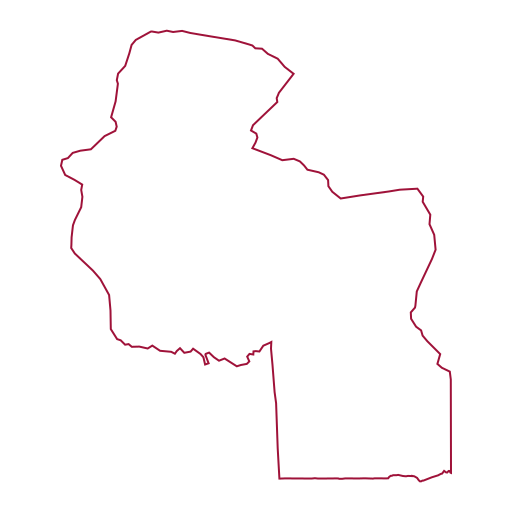 the district of Haut-Nyong, Est, Cameroon
{"feature_id": "32672807B24706785822934", "entity_name": "Haut-Nyong", "entity_type": "district", "adm_level": 2, "iso_a3": "CMR", "parent_name": "Cameroon", "parent_adm1": "Est", "projection": "albers", "projection_center": [13.641, 3.366], "detail": "fine", "context": "isolated", "style": "outline", "palette": "rose", "viewbox_px": 512, "rotation_deg": 0, "n_neighbors": 0, "source": "geoboundaries", "source_scale": "gbopen_adm2", "svg_char_len": 2538}
<svg xmlns="http://www.w3.org/2000/svg" viewBox="0 0 512 512"><path d="M116.8,80.2L117.9,83.7L115.6,101.4L111.1,117.3L115.6,121.8L116.7,126.7L115.3,130.8L104.6,136.1L90.9,149.3L80.3,150.7L72.7,152.9L67.9,158.1L62.3,159.8L61.0,165.8L65.2,175.0L74.4,179.8L82.2,184.6L81.2,189.9L82.4,196.8L81.2,207.2L74.9,220.0L73.0,225.2L72.8,226.7L71.6,237.3L71.4,244.8L71.2,248.0L74.8,253.5L92.6,270.3L93.1,270.8L100.3,279.1L109.1,295.0L110.5,310.6L110.8,329.1L117.1,339.1L120.7,340.3L125.1,344.7L128.6,344.1L131.8,346.8L139.3,346.6L147.7,348.5L152.3,345.6L160.1,350.8L171.2,351.8L174.9,353.7L176.8,351.0L180.0,348.2L184.3,352.8L190.6,351.6L193.1,348.7L200.5,354.0L203.4,357.2L205.1,364.5L208.6,363.3L205.4,354.8L205.7,353.9L209.1,352.6L213.9,357.2L219.0,360.7L224.6,358.5L236.8,366.3L240.9,365.0L246.8,363.9L249.3,361.4L247.2,356.6L249.5,353.9L253.3,354.5L253.5,351.4L255.8,351.1L259.4,351.5L263.3,345.7L269.4,343.0L271.3,342.0L271.0,348.6L272.5,365.0L274.6,392.1L276.1,403.2L277.7,448.2L279.4,478.6L280.1,478.6L285.0,478.4L303.5,478.5L312.1,478.5L314.9,478.2L317.6,478.5L326.9,478.5L337.2,478.4L338.5,478.5L339.1,478.8L342.2,478.8L345.2,478.4L350.2,478.4L357.8,478.5L364.7,478.3L373.0,478.6L373.5,478.5L374.8,478.3L386.2,478.4L388.2,478.3L389.1,477.0L390.7,475.8L391.8,475.8L393.1,475.2L395.8,475.2L396.5,475.2L398.2,474.9L402.9,476.0L406.0,476.3L408.0,475.9L412.2,476.1L412.2,475.9L414.3,476.3L417.1,477.9L417.8,478.9L418.8,480.3L419.9,481.3L420.3,481.3L421.2,481.3L422.4,480.6L423.4,480.6L431.8,477.3L438.2,475.3L438.9,474.9L440.8,473.9L442.1,473.6L444.1,470.9L446.1,472.4L447.2,472.5L448.6,471.0L449.0,470.9L449.6,471.1L450.5,472.7L451.0,472.9L450.8,379.5L449.8,371.6L441.9,367.8L437.4,363.9L440.2,354.1L427.3,341.2L422.6,335.6L421.1,330.4L416.1,326.7L411.1,318.8L410.8,312.4L415.0,307.6L415.4,305.6L416.8,291.4L420.6,283.1L432.0,258.9L435.6,249.7L434.2,234.8L429.5,224.2L430.3,214.7L422.7,201.8L423.2,196.6L417.4,188.7L399.8,189.7L388.7,191.5L360.2,195.4L340.7,198.5L332.3,191.8L328.4,186.2L328.1,180.1L323.9,174.7L318.8,172.3L318.0,172.1L307.4,169.7L304.1,165.5L300.0,161.5L299.2,161.1L293.7,158.8L282.3,160.2L270.8,155.2L252.4,148.2L255.5,142.6L257.4,137.5L256.3,133.6L251.0,130.5L253.0,125.2L277.3,102.0L276.7,98.1L278.0,95.1L278.9,92.8L293.6,73.8L284.7,66.9L277.7,58.7L267.9,53.9L262.0,48.7L255.3,48.3L252.4,45.5L248.9,44.4L235.1,40.4L208.9,36.1L190.4,33.0L182.1,30.9L173.1,32.0L166.8,30.7L158.4,32.6L151.9,31.5L150.8,31.6L135.8,39.9L131.6,44.9L129.3,53.4L125.2,65.9L118.1,73.6L116.8,80.2Z" fill="none" stroke="#9f1239" stroke-width="2"/></svg>